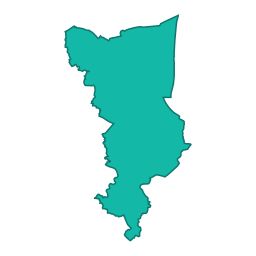 Tha Wung, Lop Buri, Thailand
{"feature_id": "78962969B60837596961225", "entity_name": "Tha Wung", "entity_type": "district", "adm_level": 2, "iso_a3": "THA", "parent_name": "Thailand", "parent_adm1": "Lop Buri", "projection": "mercator", "projection_center": [100.49, 14.806], "detail": "fine", "context": "isolated", "style": "filled", "palette": "teal", "viewbox_px": 256, "rotation_deg": 0, "n_neighbors": 0, "source": "geoboundaries", "source_scale": "gbopen_adm2", "svg_char_len": 5829}
<svg xmlns="http://www.w3.org/2000/svg" viewBox="0 0 256 256"><path d="M65.2,31.6L65.8,33.1L65.8,35.0L66.0,36.5L66.0,38.4L65.5,38.5L65.1,40.0L65.7,40.2L65.7,40.9L65.9,41.5L66.0,42.8L65.5,44.4L65.2,44.9L65.5,45.4L65.3,46.1L65.3,47.2L66.8,47.2L67.2,47.5L67.4,48.0L67.7,49.6L67.3,51.5L67.5,52.4L68.6,53.4L68.8,53.8L69.1,55.6L70.6,59.1L69.1,59.9L69.6,60.7L69.5,61.8L69.2,62.2L69.6,63.1L71.9,66.4L73.0,66.1L73.8,65.5L74.3,65.5L74.5,65.0L75.2,64.9L75.9,64.5L77.3,67.0L78.3,66.5L79.2,66.7L79.5,67.2L79.5,67.7L78.8,69.1L78.2,69.2L78.4,70.2L79.6,70.4L80.6,70.4L82.3,71.2L83.0,71.0L84.1,70.1L84.8,70.1L86.2,71.0L89.0,71.2L88.9,71.5L87.2,71.5L85.6,75.4L84.4,76.1L85.3,77.9L85.4,78.9L85.4,79.1L84.6,79.1L84.5,79.8L84.0,81.2L84.0,81.9L84.2,83.5L84.6,84.7L85.8,85.5L90.4,85.6L91.1,85.8L93.2,85.3L94.0,85.7L94.8,86.9L94.9,88.2L95.1,89.1L95.2,90.4L94.5,93.2L94.2,95.1L94.4,95.4L94.7,95.7L95.4,97.0L93.8,98.5L93.5,98.5L92.8,100.4L92.0,101.3L91.7,101.4L91.7,102.1L91.9,102.2L91.4,103.3L92.7,103.6L92.8,103.9L93.0,103.8L92.7,104.9L92.7,105.8L93.8,105.6L96.2,106.3L96.2,106.8L96.4,106.9L96.4,107.8L98.5,108.1L98.7,108.5L99.4,108.8L100.1,109.3L99.9,109.8L100.3,110.1L100.0,110.5L100.5,110.7L100.1,111.3L99.9,112.1L99.7,112.1L99.6,113.2L99.0,113.9L99.5,115.0L99.0,116.0L103.0,117.7L106.9,120.4L109.5,121.9L113.7,123.6L106.1,132.4L104.8,133.5L103.9,133.7L102.9,133.7L102.3,134.2L102.2,134.5L102.9,135.2L103.0,136.2L103.2,136.6L103.7,137.2L104.2,137.3L105.2,138.1L104.5,139.1L104.4,139.5L105.0,140.7L105.3,141.0L105.3,141.3L104.5,141.8L103.8,141.8L103.4,142.4L103.2,143.0L103.6,143.8L104.4,144.2L104.5,144.7L105.2,145.3L105.2,145.8L104.8,146.3L104.8,146.7L106.0,147.8L106.8,148.7L106.5,149.9L106.7,151.7L106.4,152.4L106.3,153.2L107.4,155.4L108.2,156.2L106.8,156.5L106.5,156.8L105.4,157.1L104.8,157.8L104.9,158.5L105.4,159.0L106.5,158.5L107.1,158.6L107.3,159.1L107.8,159.2L107.8,159.8L107.9,160.1L110.0,160.8L110.1,161.5L109.9,161.9L109.2,161.7L107.1,162.0L107.0,163.3L106.1,163.6L105.6,164.7L107.1,165.7L108.2,166.2L109.4,166.7L113.4,167.9L115.1,168.9L116.1,170.1L117.0,171.8L117.6,174.4L118.1,175.9L117.0,177.5L116.7,177.6L115.6,177.6L114.6,178.2L114.2,178.8L114.1,179.2L114.6,181.3L115.1,181.5L115.4,182.0L115.5,182.9L115.2,183.4L114.3,184.1L113.7,184.3L112.5,184.2L110.7,183.6L110.4,183.7L109.7,184.1L109.2,185.1L109.0,185.9L109.2,186.7L109.8,187.7L109.7,188.3L108.9,188.9L107.1,189.5L106.5,190.0L106.3,190.6L106.4,191.4L107.4,193.0L107.9,195.8L107.8,196.5L107.4,197.1L106.6,197.4L105.0,196.9L104.4,196.9L104.1,197.1L103.5,197.7L103.1,197.8L102.7,197.2L102.8,196.6L102.4,196.0L100.8,195.6L98.6,194.3L98.3,194.3L97.7,194.7L96.8,195.8L96.3,196.9L94.8,198.0L94.0,198.3L95.2,198.3L97.7,198.7L98.8,198.6L98.9,199.1L99.5,199.3L99.6,199.7L99.4,200.1L99.4,200.4L99.7,200.7L100.1,200.8L100.3,201.5L99.9,203.1L102.0,203.1L102.3,204.2L103.0,205.3L102.9,206.6L102.5,207.7L102.6,208.2L102.9,208.6L103.3,208.7L105.1,208.8L106.2,209.3L107.3,209.5L107.5,210.0L107.5,212.7L107.8,213.1L108.0,213.2L108.8,212.8L110.2,213.3L111.3,213.9L112.7,214.0L114.6,215.0L115.4,215.9L116.2,216.0L117.8,216.0L118.3,216.6L118.6,216.8L121.5,216.1L123.0,215.2L123.9,215.2L124.1,216.6L124.8,217.2L125.1,218.8L127.7,224.6L130.0,227.1L130.9,227.8L131.1,228.3L131.0,228.7L130.4,229.0L129.5,229.9L129.2,229.9L128.3,229.5L126.1,231.3L125.8,231.6L125.5,232.9L124.6,234.2L124.6,235.1L124.7,235.4L126.9,237.8L129.5,240.1L130.4,240.6L131.5,239.8L132.9,238.2L134.3,237.9L134.5,237.1L135.0,236.4L135.3,235.5L136.7,235.7L138.4,236.6L139.0,236.4L139.7,235.9L139.6,232.4L140.1,231.8L140.4,231.0L140.8,230.6L140.8,229.0L140.5,227.5L139.8,227.0L139.0,226.9L137.9,225.5L137.9,223.1L138.6,222.5L139.0,222.0L138.2,219.5L140.5,218.1L140.6,216.9L140.9,215.9L141.6,215.2L142.0,214.3L142.0,214.0L142.2,213.7L142.7,213.5L143.0,213.2L143.4,213.6L144.2,213.3L145.5,213.4L146.3,213.1L146.7,212.4L147.2,212.0L147.8,209.6L147.7,207.7L148.2,207.4L149.8,207.3L150.5,206.3L150.6,205.6L150.3,205.1L148.6,204.5L148.2,203.9L148.3,203.5L149.5,203.0L149.9,202.2L149.6,201.7L148.4,201.5L147.9,201.1L147.8,200.6L148.0,198.5L147.8,197.8L145.1,195.4L143.3,192.5L142.3,189.9L140.6,188.4L140.0,187.6L140.0,186.7L140.8,185.0L143.0,184.1L143.9,184.0L147.5,183.9L148.8,183.5L149.8,181.7L150.6,179.6L150.4,179.0L149.8,178.2L152.7,176.9L155.4,175.3L156.3,174.9L157.3,174.9L159.4,175.3L162.7,176.1L164.9,176.9L168.3,174.3L177.6,165.9L178.6,163.9L179.2,163.5L179.0,162.4L177.8,160.9L177.5,160.3L177.4,159.1L178.0,158.3L180.1,156.9L180.5,156.4L181.0,155.0L180.9,153.2L180.9,152.6L181.1,152.1L183.6,149.9L185.0,149.9L187.6,149.2L190.4,145.2L190.9,144.7L190.6,144.1L189.0,143.8L186.0,143.7L184.5,143.2L184.0,142.5L184.2,141.2L183.9,140.0L183.4,139.9L183.4,138.0L183.2,137.9L183.2,137.1L182.9,137.1L182.9,136.4L182.6,135.5L182.9,133.4L182.4,130.9L182.6,130.5L183.4,129.4L183.7,128.5L183.8,125.9L184.3,123.9L184.2,123.2L184.0,122.5L184.2,121.9L184.1,121.5L183.3,120.7L182.6,120.6L181.6,119.7L180.1,119.4L179.5,118.8L179.3,118.7L179.5,116.3L178.7,115.6L174.9,113.3L172.9,111.8L169.8,108.6L167.4,105.5L165.8,103.1L164.1,99.8L163.2,97.4L170.9,97.4L171.0,93.5L173.3,84.5L173.6,82.3L174.2,75.6L174.2,62.1L173.9,58.7L173.9,57.0L174.3,56.6L174.1,55.9L174.2,54.9L174.1,54.1L174.8,40.9L176.0,27.5L176.7,21.5L178.0,16.8L178.2,15.4L163.5,22.2L161.6,23.4L160.8,23.5L159.9,25.3L159.5,25.7L143.4,27.2L140.1,26.7L139.4,26.8L134.7,27.6L128.3,29.3L126.7,29.9L124.4,31.2L123.4,30.4L122.1,30.5L120.9,31.3L120.4,32.5L120.3,33.5L120.5,34.4L121.1,36.1L117.9,36.7L114.2,37.7L113.1,37.7L111.9,38.1L110.4,38.3L109.9,38.7L108.8,40.7L104.7,38.5L103.6,37.6L102.4,37.4L101.4,37.0L100.6,35.9L99.8,36.7L99.0,38.2L98.6,38.4L98.2,38.3L97.4,37.8L96.9,37.0L93.4,33.4L92.0,32.2L90.1,31.1L89.3,30.4L86.5,30.2L84.6,29.3L82.4,28.6L79.8,28.1L76.4,27.7L76.2,27.6L75.8,26.8L74.8,27.4L74.1,26.1L72.8,26.9L68.3,30.1L65.2,31.6Z" fill="#14b8a6" stroke="#0f766e" stroke-width="1.5"/></svg>